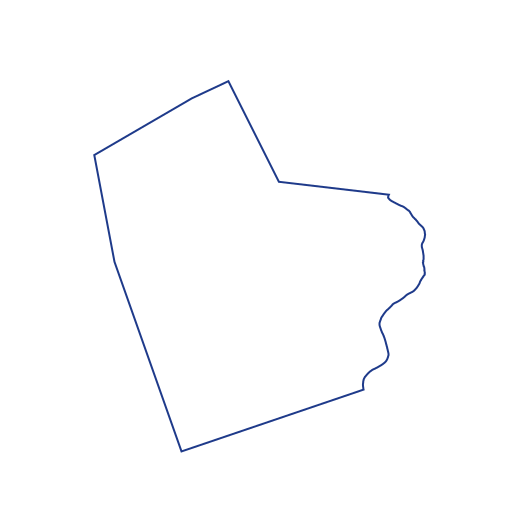 Palmiste Estate, Praslin, Saint Lucia (Natural Earth projection), rotated 241°
{"feature_id": "8701671B26229529558045", "entity_name": "Palmiste Estate", "entity_type": "district", "adm_level": 2, "iso_a3": "LCA", "parent_name": "Saint Lucia", "parent_adm1": "Praslin", "projection": "natural_earth1", "projection_center": [-60.965, 13.853], "detail": "fine", "context": "isolated", "style": "outline", "palette": "blue", "viewbox_px": 512, "rotation_deg": 241, "n_neighbors": 0, "source": "geoboundaries", "source_scale": "gbopen_adm2", "svg_char_len": 5842}
<svg xmlns="http://www.w3.org/2000/svg" viewBox="0 0 512 512"><g transform="rotate(241 256 256)"><path d="M87.0,285.3L87.3,285.4L88.0,285.6L88.7,285.9L88.9,286.0L89.4,286.2L89.8,286.3L90.0,286.4L90.2,286.5L90.9,286.8L91.3,287.0L91.7,287.2L92.0,287.4L92.6,287.8L92.8,288.0L93.1,288.2L93.3,288.4L93.8,288.6L94.5,289.2L94.9,289.5L95.0,289.7L95.4,289.9L96.1,290.7L96.3,290.9L96.8,291.7L97.5,292.8L97.5,293.0L97.6,293.3L97.8,293.7L98.1,294.6L98.5,295.4L98.5,295.6L98.6,295.9L98.8,296.5L99.0,297.0L99.1,297.4L99.2,297.7L99.3,298.1L99.3,298.3L99.5,298.9L99.6,299.3L99.7,299.8L99.8,301.0L99.9,301.7L100.0,302.2L100.0,303.6L99.9,304.4L99.9,304.7L99.8,305.2L99.8,305.7L99.8,306.0L99.8,306.5L99.8,307.1L99.7,307.7L99.8,311.1L99.8,311.3L99.8,312.6L99.9,313.0L99.9,313.3L99.9,313.8L100.0,314.6L100.2,315.6L100.2,315.8L100.3,316.5L100.5,317.3L100.7,317.9L100.8,318.3L101.0,318.8L101.2,319.1L101.3,319.4L101.6,319.8L101.8,320.2L101.9,320.4L102.3,320.9L102.5,321.2L102.8,321.5L103.1,321.8L103.3,322.1L103.9,322.7L104.3,323.0L104.6,323.4L105.0,323.8L105.3,324.0L105.5,324.1L105.9,324.3L106.1,324.4L106.3,324.5L106.6,324.6L106.9,324.7L107.2,324.8L107.8,325.0L108.3,325.1L108.5,325.2L108.9,325.3L109.4,325.4L109.6,325.5L110.2,325.7L110.7,325.8L111.7,326.1L112.0,326.1L112.3,326.3L113.0,326.5L113.7,326.6L114.1,326.7L114.3,326.8L114.8,326.9L115.4,327.1L115.8,327.1L116.3,327.3L116.5,327.3L116.9,327.4L117.1,327.5L117.9,327.7L118.3,327.8L120.1,328.2L120.5,328.3L121.2,328.4L121.8,328.6L122.2,328.6L122.8,328.7L123.3,328.8L123.7,328.8L123.9,328.9L124.2,328.9L124.4,329.0L124.8,329.0L125.0,329.0L126.0,329.1L126.4,329.1L126.7,329.2L127.6,329.1L128.1,329.2L128.4,329.2L128.6,329.2L128.9,329.3L129.6,329.4L130.2,329.4L130.7,329.5L131.1,329.6L132.8,329.9L133.2,330.0L133.4,330.0L133.9,330.1L134.4,330.2L135.1,330.4L135.5,330.5L136.2,330.8L136.5,331.0L137.1,331.3L137.5,331.6L137.9,331.9L138.1,332.2L138.9,333.0L139.2,333.4L139.9,334.2L140.5,334.9L140.8,335.1L141.0,335.3L141.2,335.7L141.5,336.2L141.7,336.4L142.0,337.0L142.3,337.8L142.6,338.3L142.7,338.5L142.9,338.8L143.2,339.4L143.7,340.5L143.8,340.7L144.0,341.2L144.1,341.4L144.9,343.3L145.0,343.7L145.2,344.3L145.3,344.9L145.3,345.3L145.5,345.9L145.7,346.6L145.9,347.4L146.0,348.0L146.1,348.3L146.4,349.1L146.5,349.6L146.7,350.3L147.0,351.1L147.1,351.3L147.2,351.6L147.4,351.9L147.4,352.3L147.5,352.5L147.6,352.9L147.6,354.4L147.6,354.9L147.6,355.3L147.5,355.6L147.5,355.8L147.5,356.3L147.4,356.5L147.5,356.9L147.4,357.5L147.5,360.7L147.6,360.9L147.6,361.5L147.7,362.1L147.7,362.5L147.8,363.0L147.8,363.6L147.9,364.1L147.9,364.4L148.0,364.6L148.1,365.1L148.1,365.5L148.5,367.1L148.6,367.3L148.9,368.8L148.9,369.3L149.0,369.5L149.0,369.9L149.0,371.3L149.0,371.6L149.0,372.2L148.9,372.7L148.9,373.2L148.9,373.4L148.9,374.5L148.8,375.0L148.9,376.6L148.9,376.8L149.0,377.3L149.1,377.6L149.2,377.8L149.3,378.2L149.3,378.4L149.4,378.6L149.5,379.0L149.7,379.4L149.8,379.9L149.9,380.1L150.0,380.3L150.1,380.8L150.2,381.0L150.4,381.4L150.7,382.0L151.2,383.0L151.3,383.2L151.4,383.4L151.6,383.7L151.7,383.9L151.9,384.2L152.0,384.4L152.2,384.8L152.5,385.3L152.8,385.7L153.0,386.0L153.6,386.6L154.1,387.2L154.4,387.7L154.5,387.8L154.7,388.2L154.8,388.5L155.0,388.6L155.2,389.0L155.4,389.4L155.6,389.7L155.9,390.3L156.0,390.5L156.1,390.8L156.2,391.0L156.4,391.2L156.5,391.4L156.7,392.1L157.0,392.3L157.3,393.0L157.4,393.4L157.8,394.4L158.1,394.5L158.3,394.8L158.9,395.0L159.1,395.3L159.5,395.5L159.9,395.7L160.4,395.8L160.9,396.0L161.2,396.1L161.4,396.2L161.9,396.3L162.1,396.6L163.0,396.9L163.4,397.2L163.6,397.3L164.3,397.5L164.7,397.7L164.9,397.7L165.8,397.7L166.1,397.9L167.2,398.1L167.5,398.2L168.0,398.4L168.3,398.5L168.7,398.6L169.1,398.8L169.3,399.0L169.6,399.0L169.9,399.6L170.9,399.9L171.4,400.6L171.7,400.8L172.1,401.1L172.3,401.2L172.9,401.6L173.4,401.8L174.6,402.5L175.0,402.7L175.2,402.8L175.6,402.9L176.0,403.1L176.4,403.2L177.1,403.5L177.4,403.6L178.0,403.8L178.5,404.0L178.8,404.1L179.2,404.3L179.4,404.3L179.8,404.5L180.0,404.5L180.4,404.7L180.6,404.7L181.0,404.8L181.8,405.0L182.2,405.1L182.6,405.2L183.0,405.3L183.5,405.4L183.6,405.5L184.0,405.7L184.5,405.9L185.0,406.2L185.4,406.5L185.6,406.6L185.9,406.9L186.1,407.1L186.5,407.6L186.7,407.8L186.8,408.1L186.9,408.3L187.0,408.5L187.3,408.9L187.6,409.4L188.2,410.2L188.5,410.5L188.9,411.0L189.1,411.1L189.4,411.5L189.7,411.8L190.4,412.5L190.9,412.9L191.4,413.2L192.4,414.0L192.5,414.1L192.9,414.3L193.0,414.4L193.4,414.5L194.1,414.7L194.3,414.8L194.9,415.1L195.4,415.3L195.6,415.4L196.0,415.5L196.7,415.7L196.9,415.7L197.2,415.7L197.4,415.7L197.8,415.7L198.0,415.8L199.2,415.9L199.9,415.8L200.4,415.7L200.6,415.7L204.2,414.5L204.8,414.3L205.4,414.1L205.7,414.1L206.2,414.0L207.5,413.9L208.0,413.8L208.4,413.8L208.6,413.7L209.3,413.5L209.7,413.5L209.9,413.4L210.8,413.3L210.9,413.2L211.2,413.0L212.7,412.7L213.0,412.6L213.4,412.4L214.3,412.2L214.6,412.2L215.1,412.1L218.1,412.0L218.3,412.0L219.0,411.9L219.3,412.0L219.8,412.0L220.1,412.0L220.4,411.9L220.8,411.8L221.5,411.7L221.8,411.5L222.0,411.3L222.8,411.0L223.2,410.8L223.4,410.7L224.0,410.4L224.7,410.2L224.9,410.1L225.2,410.0L225.6,409.8L226.0,409.6L226.3,409.5L226.6,409.3L226.9,409.2L227.3,409.0L227.5,408.8L227.8,408.6L228.1,408.5L228.5,408.2L229.0,407.7L230.0,406.8L230.1,406.7L230.4,406.6L230.8,406.3L231.0,406.1L232.1,405.3L232.6,405.1L232.8,404.9L233.4,404.5L233.7,404.3L233.8,404.2L234.4,403.8L234.8,403.6L235.1,403.4L235.8,402.9L236.2,402.6L236.9,402.2L237.7,401.7L237.9,401.5L238.3,401.3L238.5,401.1L238.8,401.0L239.1,400.9L239.5,400.7L239.8,400.5L240.4,400.3L240.7,400.2L241.0,400.2L241.4,400.1L241.7,400.0L242.0,400.0L242.3,399.9L242.9,399.8L243.1,400.0L243.5,400.1L243.9,400.5L244.0,400.6L244.3,400.9L244.6,401.2L244.7,401.3L245.0,401.6L245.2,401.9L309.8,312.0L422.3,316.6L425.0,276.4L422.7,163.5L319.5,129.4L121.2,96.1L87.0,285.3Z" fill="none" stroke="#1e3a8a" stroke-width="2"/></g></svg>